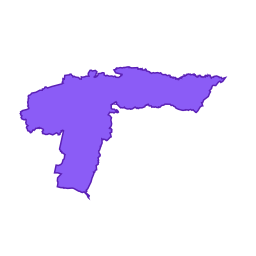 outline of Ban Pong, Ratchaburi, Thailand, rotated 171°
{"feature_id": "78962969B74786164204095", "entity_name": "Ban Pong", "entity_type": "district", "adm_level": 2, "iso_a3": "THA", "parent_name": "Thailand", "parent_adm1": "Ratchaburi", "projection": "albers", "projection_center": [99.771, 13.854], "detail": "fine", "context": "isolated", "style": "filled", "palette": "violet", "viewbox_px": 256, "rotation_deg": 171, "n_neighbors": 0, "source": "geoboundaries", "source_scale": "gbopen_adm2", "svg_char_len": 5965}
<svg xmlns="http://www.w3.org/2000/svg" viewBox="0 0 256 256"><g transform="rotate(171 128 128)"><path d="M207.0,81.1L203.7,79.6L201.0,79.2L201.1,78.8L200.7,78.6L199.5,78.6L197.1,77.8L192.5,77.4L191.0,76.8L186.7,73.4L185.2,72.9L185.0,72.5L183.2,71.4L181.4,71.8L178.9,68.3L178.2,65.6L177.8,65.1L178.0,66.3L177.1,66.7L176.9,67.2L179.6,70.4L179.7,71.3L178.5,72.1L179.0,73.1L177.3,74.3L173.0,80.5L171.5,83.9L168.8,88.4L168.9,89.8L167.9,89.5L166.9,91.3L165.5,91.7L165.3,95.9L163.1,96.9L162.9,98.4L162.4,98.7L162.7,100.4L162.1,100.7L162.2,103.4L161.4,103.7L160.8,104.6L159.9,104.8L159.7,106.3L160.5,107.6L160.5,109.9L159.5,110.7L158.4,112.9L158.2,114.1L157.7,114.0L156.9,115.9L156.3,116.4L155.9,117.4L155.5,121.3L154.5,120.4L154.1,120.8L152.4,120.2L151.4,119.0L150.8,119.4L150.4,119.1L147.1,121.6L146.0,121.9L146.2,124.6L146.6,125.9L144.8,126.4L144.5,127.6L144.8,127.8L144.2,128.8L144.6,129.7L146.4,130.5L146.0,131.3L145.3,131.3L144.1,133.0L143.5,134.8L143.7,138.6L142.7,140.8L144.1,143.2L145.5,144.1L145.4,144.4L143.4,146.4L142.9,146.0L140.4,145.7L139.5,145.0L137.4,145.9L136.9,145.9L136.7,145.2L136.1,145.4L135.7,144.8L135.0,145.2L135.1,145.8L135.5,145.7L135.7,146.8L136.3,147.7L137.5,147.3L138.6,148.7L140.4,149.0L141.4,149.9L141.0,153.6L139.8,153.8L139.6,154.4L138.1,154.0L138.4,154.3L137.6,155.2L135.8,155.7L135.8,154.9L135.3,154.8L135.7,153.4L134.9,152.9L132.2,149.1L131.3,149.1L129.7,148.6L128.3,149.1L128.0,148.2L126.3,147.2L125.3,146.8L123.2,146.8L122.7,146.2L120.8,146.2L117.8,147.5L117.6,147.0L117.1,147.0L116.2,146.0L115.7,146.4L114.9,145.6L114.3,145.6L113.8,146.2L111.0,145.7L108.0,146.4L107.3,147.6L105.8,147.6L105.4,147.7L105.5,148.1L104.3,148.3L103.6,146.5L101.7,146.3L101.2,144.8L100.2,145.0L98.8,144.4L97.7,144.7L96.4,143.8L94.7,143.4L94.5,144.0L93.2,143.5L91.2,145.0L89.5,145.0L88.1,145.4L87.8,145.8L82.7,144.9L81.8,143.5L81.0,143.6L79.8,143.1L79.3,142.2L78.2,141.6L77.5,140.1L75.2,138.6L71.6,137.0L70.0,136.7L68.2,137.0L68.1,136.6L66.9,136.8L65.5,136.0L65.2,136.3L63.2,136.5L62.1,135.5L60.9,135.8L58.7,132.9L58.1,132.7L56.3,134.1L53.5,137.4L51.8,138.3L50.7,138.2L51.3,141.5L50.4,141.3L48.9,143.8L43.7,146.6L42.1,149.4L40.9,150.8L41.7,152.1L39.4,153.9L39.0,154.6L39.2,154.8L37.9,156.6L37.2,156.8L34.7,156.2L31.6,159.1L30.1,159.8L29.6,159.7L29.2,158.5L27.2,159.2L23.9,162.5L27.6,162.0L28.0,163.4L29.9,163.5L30.0,164.2L32.3,165.5L34.9,165.5L35.2,165.1L35.7,165.2L35.8,164.7L37.0,164.9L37.9,164.3L38.2,165.5L38.8,165.9L38.6,166.8L38.8,167.3L40.5,167.5L40.7,167.8L40.9,167.1L41.6,166.7L42.3,167.6L42.9,167.4L43.3,166.7L43.6,167.6L44.6,166.5L45.5,166.7L46.0,166.3L46.9,167.2L47.5,166.9L48.0,167.3L47.9,167.6L48.6,168.8L49.4,168.8L49.4,168.5L50.4,168.1L50.7,168.4L51.1,167.4L52.0,167.6L52.8,169.0L52.9,168.7L53.2,168.8L53.4,169.6L54.3,169.9L54.0,170.2L54.5,170.3L54.4,171.0L56.4,170.7L57.9,170.8L58.3,171.1L58.3,171.5L58.8,171.4L59.9,171.9L60.7,171.6L61.3,171.9L62.1,171.0L62.7,171.1L63.3,170.7L63.5,171.3L64.2,171.5L64.0,170.7L64.3,170.8L64.4,170.5L65.6,170.6L66.4,169.8L67.2,170.1L67.7,169.8L67.6,169.2L68.1,169.6L68.5,169.0L69.2,169.3L69.4,168.9L70.0,168.9L69.8,168.6L70.3,167.9L70.8,167.9L71.2,168.9L72.0,168.6L72.7,169.5L72.7,169.1L73.2,169.0L73.1,170.2L74.2,170.4L74.6,170.8L75.4,170.3L75.6,170.5L75.0,171.0L75.9,170.8L75.8,171.1L76.8,171.2L77.0,171.6L78.1,171.4L78.5,172.2L78.2,172.7L78.3,173.4L79.5,173.8L80.4,173.5L81.6,173.9L82.4,174.9L85.1,175.2L86.2,176.0L87.1,177.4L88.1,177.1L90.2,178.1L93.1,178.1L94.3,178.7L96.4,178.3L97.2,179.3L97.7,179.3L98.1,180.2L100.8,181.5L100.8,181.9L101.3,182.4L101.1,182.8L101.5,182.8L101.7,183.4L102.7,182.6L104.3,182.9L104.4,183.3L104.7,183.1L105.5,183.6L105.1,184.4L105.8,184.3L106.3,184.6L106.7,184.1L107.0,184.6L107.7,184.5L108.4,184.9L108.6,184.5L109.0,184.6L109.0,186.1L115.1,186.8L116.6,187.6L117.4,187.5L117.4,188.2L119.3,188.4L122.1,188.2L122.4,188.5L124.2,188.2L126.2,188.9L128.4,188.6L129.7,189.1L130.1,188.9L130.1,188.2L130.8,188.3L131.0,187.8L132.8,187.6L131.5,184.4L125.5,181.9L126.0,180.9L126.8,181.1L127.2,180.3L129.2,179.4L132.1,180.0L132.3,180.9L133.0,181.3L134.0,180.9L135.8,181.9L138.5,182.1L140.5,183.4L141.7,182.9L143.3,184.2L143.0,185.2L143.2,186.3L144.9,186.7L145.8,186.2L149.0,186.4L149.3,185.1L150.8,183.7L152.8,183.2L153.4,183.7L151.5,185.1L151.2,186.3L149.9,188.4L151.3,190.0L154.3,189.8L155.0,190.7L156.4,190.9L158.7,188.3L158.9,186.8L158.5,185.3L161.4,185.7L162.8,185.3L165.1,185.3L166.1,185.8L166.5,183.6L168.0,184.0L168.9,185.6L171.9,186.5L173.1,187.5L174.3,187.1L174.5,188.2L175.5,189.0L175.7,190.0L176.8,190.3L177.5,189.7L182.2,189.8L183.3,186.2L184.5,187.0L184.6,186.7L184.9,184.6L185.8,183.5L185.0,182.5L186.6,181.9L196.7,180.9L201.3,180.1L202.5,181.3L203.3,181.4L203.8,181.2L204.0,180.5L205.7,179.6L206.4,179.9L206.8,178.7L209.2,179.1L213.3,177.7L217.6,177.5L218.8,176.4L220.2,175.7L220.8,175.8L221.6,175.1L221.5,172.7L222.0,172.5L222.6,169.5L223.0,169.4L223.0,165.7L223.6,165.4L222.9,163.4L223.0,162.7L225.0,162.1L229.8,161.7L230.1,161.1L231.5,160.8L231.5,159.6L232.1,159.2L231.7,158.5L232.0,157.8L230.9,156.7L232.0,155.0L231.5,154.4L231.6,153.8L229.3,152.3L227.9,152.6L227.4,152.3L227.7,150.0L228.1,149.4L227.9,147.6L226.4,145.9L227.8,145.2L228.3,144.1L227.8,143.5L227.4,141.0L225.4,139.9L225.4,138.9L224.8,138.5L223.4,139.3L222.5,140.7L221.7,140.8L221.1,140.4L220.7,141.0L220.1,141.0L219.2,142.1L217.7,141.8L216.8,142.3L216.4,141.8L215.6,142.3L215.2,141.4L214.3,141.7L212.0,140.0L211.8,139.2L213.3,138.0L212.8,137.2L213.3,136.5L212.9,135.7L211.8,135.5L210.4,134.5L208.5,134.3L206.8,134.8L203.4,133.0L199.4,134.4L198.0,133.4L198.0,132.2L196.8,132.1L196.1,132.5L195.9,133.6L194.1,134.9L194.4,135.7L192.8,136.0L192.1,135.4L198.9,117.9L198.8,117.2L197.9,116.3L198.2,115.4L197.1,114.8L197.3,113.9L195.9,113.2L194.4,111.4L194.8,111.1L195.6,108.2L196.1,107.3L197.1,106.8L198.4,103.9L200.1,102.4L202.6,101.9L204.8,102.6L207.6,95.2L204.4,94.7L201.1,93.1L205.3,89.8L206.0,87.1L206.0,86.3L205.7,86.0L205.9,84.2L207.0,81.1Z" fill="#8b5cf6" stroke="#5b21b6" stroke-width="1.5"/></g></svg>